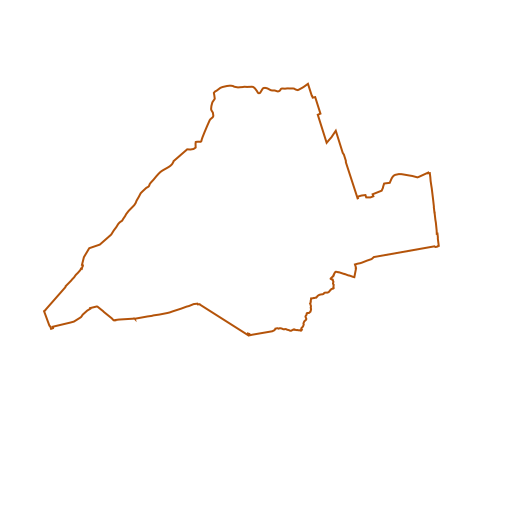 Lansingerland, Zuid-Holland, Netherlands, rotated 213°
{"feature_id": "6326949B1243164224126", "entity_name": "Lansingerland", "entity_type": "district", "adm_level": 2, "iso_a3": "NLD", "parent_name": "Netherlands", "parent_adm1": "Zuid-Holland", "projection": "orthographic", "projection_center": [4.494, 52.011], "detail": "fine", "context": "isolated", "style": "outline", "palette": "amber", "viewbox_px": 512, "rotation_deg": 213, "n_neighbors": 0, "source": "geoboundaries", "source_scale": "gbopen_adm2", "svg_char_len": 5996}
<svg xmlns="http://www.w3.org/2000/svg" viewBox="0 0 512 512"><g transform="rotate(213 256 256)"><path d="M386.9,85.0L387.0,85.3L387.9,86.0L375.5,99.0L373.0,101.8L370.2,107.8L369.5,109.4L369.4,110.3L369.4,112.0L369.4,112.4L367.8,118.3L366.2,121.6L366.7,122.0L362.1,126.9L361.4,127.2L356.6,126.7L354.4,126.5L353.0,126.2L343.2,125.2L340.7,124.6L340.2,124.6L339.8,124.8L339.1,125.3L339.3,125.5L339.2,125.6L336.4,128.0L323.7,137.4L323.3,137.3L323.5,137.5L323.2,137.6L322.9,137.9L314.6,145.7L314.2,146.1L310.8,149.0L309.6,150.4L305.3,154.1L299.2,160.0L297.6,161.7L295.8,164.1L290.1,171.1L286.6,175.8L285.0,177.5L282.1,181.7L279.2,184.1L278.5,183.7L277.1,184.8L277.0,184.7L219.8,185.3L220.5,186.6L219.1,187.0L218.4,185.8L216.0,188.2L201.4,201.7L200.3,203.5L200.0,204.7L200.0,204.9L200.2,205.6L198.8,207.0L198.5,207.2L197.4,207.4L196.9,208.2L196.0,208.8L194.8,209.2L193.5,209.4L192.9,209.6L192.5,209.8L191.8,210.6L190.9,211.0L190.5,211.1L189.8,211.1L188.2,211.7L186.8,211.9L186.2,212.2L185.8,212.5L185.5,213.1L184.6,214.5L184.6,214.8L184.2,215.1L184.0,214.9L183.7,214.9L183.5,215.1L183.5,215.3L183.4,215.4L182.1,215.7L181.5,216.1L180.9,216.5L180.1,216.7L179.4,217.2L179.1,217.4L177.9,217.7L177.7,217.9L177.5,218.0L177.4,218.4L177.4,219.2L178.3,219.4L178.4,219.7L178.6,220.1L178.5,220.9L178.3,221.8L178.2,222.4L178.3,222.9L178.5,223.8L178.7,224.6L179.2,225.0L179.5,225.3L179.9,227.4L179.9,227.6L179.7,228.2L179.6,228.7L179.4,229.5L179.3,229.8L179.4,230.3L179.6,230.7L180.1,231.1L180.9,231.6L181.6,232.3L181.7,233.2L181.6,234.0L181.6,234.3L181.9,235.0L182.1,235.2L182.2,235.5L182.0,236.1L181.9,236.2L180.8,236.9L180.4,237.4L180.3,238.2L180.0,238.9L180.1,239.3L180.3,239.7L180.4,240.3L180.7,241.1L180.9,241.2L181.1,241.7L181.9,242.3L182.0,242.5L182.0,242.8L182.2,243.2L182.8,244.1L184.2,245.2L184.5,245.6L184.8,245.7L184.8,245.9L184.7,246.1L184.7,246.5L185.2,247.2L185.2,247.6L185.8,248.4L186.1,249.4L186.7,250.4L185.2,251.6L184.7,252.3L184.1,252.6L183.9,252.9L183.6,253.2L183.3,253.7L182.8,253.9L182.6,255.3L182.6,256.1L181.8,257.8L181.4,258.3L180.3,259.4L179.5,260.0L178.9,260.7L178.7,261.0L178.7,262.0L178.3,262.7L177.3,263.5L176.4,264.0L175.9,264.5L175.3,265.6L175.3,266.1L175.1,266.7L175.2,267.4L175.0,268.0L174.9,268.4L174.8,268.7L174.8,269.3L174.7,269.4L174.2,270.0L173.7,270.4L173.9,271.3L173.9,271.5L173.6,271.6L173.8,271.9L174.4,272.6L174.8,273.3L175.0,273.9L175.3,274.3L176.2,274.6L176.4,274.8L176.6,275.1L177.0,276.5L177.8,277.1L178.8,277.5L178.6,277.8L178.8,278.0L180.0,277.7L180.7,277.5L180.9,277.5L181.1,277.7L181.1,277.8L180.5,280.5L180.4,280.8L180.2,281.0L180.3,281.1L180.5,281.7L180.6,282.4L180.4,282.6L180.5,282.8L180.7,283.4L180.7,283.8L180.8,283.9L180.8,284.9L180.7,286.0L180.4,286.3L179.8,286.6L178.0,287.2L177.8,287.5L172.0,289.0L171.9,289.2L168.5,289.9L167.2,290.3L167.0,290.5L163.1,291.4L162.0,291.8L165.2,299.7L165.7,300.0L166.0,300.6L165.9,300.7L166.9,301.6L168.4,302.8L166.5,305.0L164.7,306.7L163.5,308.2L160.3,312.7L157.6,316.1L157.2,316.9L156.6,319.3L111.6,361.3L110.9,361.2L110.4,361.3L110.0,361.6L108.8,362.9L108.7,363.2L108.8,363.7L108.3,364.1L112.9,369.5L113.7,370.8L116.0,373.6L116.5,373.1L118.4,375.8L123.3,381.9L125.4,384.2L129.1,388.7L129.8,389.7L130.0,389.6L131.7,391.7L133.0,393.3L133.4,393.7L133.7,394.3L137.8,399.3L145.4,408.4L147.3,410.5L150.4,414.0L152.7,417.0L155.4,420.2L156.7,419.1L157.1,419.6L162.5,411.1L163.4,409.9L168.6,408.2L171.3,407.0L177.4,404.4L178.7,403.8L180.8,402.5L183.5,399.8L184.2,398.5L184.5,397.0L184.5,395.0L183.7,390.2L187.4,387.1L188.0,386.5L187.0,383.0L186.7,382.5L186.2,379.2L191.8,371.3L190.1,370.0L192.0,367.4L195.5,365.2L197.4,366.7L199.7,364.8L200.5,364.1L201.2,363.3L202.6,361.6L203.2,361.0L202.0,360.0L202.2,359.7L231.5,383.4L231.9,383.8L232.3,384.6L237.5,388.9L239.4,389.7L257.3,404.5L257.4,398.8L257.4,396.7L257.9,393.5L258.4,389.4L281.1,408.1L279.5,410.5L286.7,416.4L292.9,421.5L294.7,419.7L296.1,420.8L296.4,420.7L306.2,428.7L307.8,424.5L308.6,422.7L310.7,418.8L311.3,417.9L312.7,417.4L313.6,417.2L315.3,417.1L316.5,416.5L321.3,413.4L322.8,412.1L325.0,410.9L325.8,410.2L326.1,409.5L326.0,408.1L326.3,407.1L326.9,406.3L327.5,405.8L329.8,405.2L330.7,404.9L332.5,403.7L333.6,403.2L334.9,403.0L336.6,402.9L337.9,402.7L339.5,402.2L340.6,401.5L341.1,401.0L341.3,400.7L341.5,400.1L341.5,398.4L341.4,395.5L341.5,394.9L341.6,394.7L342.1,394.2L342.7,393.9L343.4,394.0L345.2,394.9L348.2,396.0L349.7,396.2L350.4,396.2L351.0,396.0L351.8,395.6L355.6,392.9L357.8,391.7L359.6,390.1L361.0,389.1L362.9,387.6L365.5,386.5L366.6,386.1L367.9,386.0L369.3,385.4L370.6,384.7L373.0,382.7L376.1,379.5L377.2,378.0L377.5,377.5L379.1,373.1L379.9,371.8L380.2,369.9L379.9,369.5L378.7,368.3L376.3,365.5L376.2,364.8L376.3,362.1L376.3,361.5L376.2,360.8L375.1,357.5L373.7,354.8L373.4,354.5L372.7,353.9L370.8,353.0L370.2,352.7L368.8,351.1L368.2,350.4L368.0,349.9L367.9,349.3L367.9,348.7L368.7,346.0L368.8,344.8L367.9,339.1L366.6,331.8L365.5,326.3L365.0,324.3L364.4,322.5L364.4,322.2L364.8,321.5L366.7,320.4L368.0,319.4L368.6,318.8L367.9,317.3L365.7,314.1L366.2,312.8L366.7,311.7L369.1,309.5L371.8,308.0L376.8,290.6L376.6,290.1L376.5,289.3L376.4,287.6L376.5,286.8L376.9,285.1L377.4,283.8L378.2,282.1L380.3,278.1L381.1,276.5L381.9,274.5L382.2,273.2L382.5,271.9L383.0,268.7L383.5,264.3L384.2,260.2L384.3,258.4L383.9,256.8L383.9,255.9L384.1,255.3L384.9,253.8L385.2,253.1L386.4,248.3L386.7,246.9L386.9,245.8L386.5,241.7L386.3,237.4L385.8,234.9L385.8,232.4L386.1,230.8L387.3,224.9L387.4,224.2L387.7,220.4L387.5,218.1L387.6,214.9L387.5,212.8L387.6,212.4L388.2,211.1L388.6,210.1L388.8,209.1L389.0,207.8L388.9,204.0L389.1,201.4L389.2,199.9L389.1,195.1L393.2,180.5L400.1,171.7L399.7,161.3L397.1,153.7L396.1,153.9L395.7,153.0L395.7,152.1L395.1,150.3L395.9,150.1L395.7,148.7L395.7,148.3L396.2,144.8L396.8,142.2L396.9,140.9L396.9,139.2L397.5,136.1L397.6,134.8L398.4,130.8L399.2,127.0L399.0,126.8L398.9,125.9L403.2,96.4L403.3,95.6L403.2,95.5L403.6,94.7L403.7,94.3L391.8,85.4L390.9,84.9L390.2,84.9L388.2,83.3L386.9,85.0Z" fill="none" stroke="#b45309" stroke-width="2"/></g></svg>